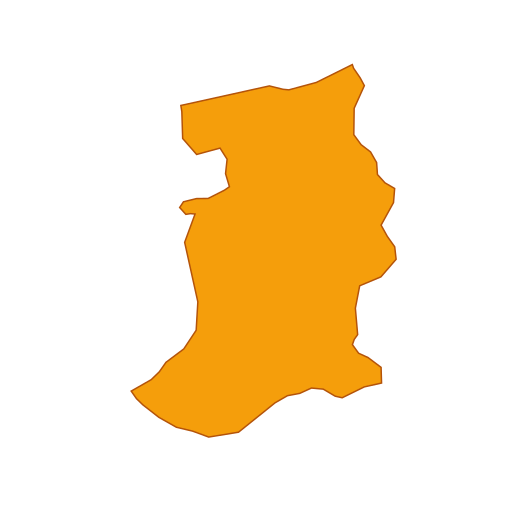 the border of Sakarya, rotated 335°
{"feature_id": "TUR-2267", "entity_name": "Sakarya", "entity_type": "Province", "adm_level": 1, "iso_a3": "TUR", "parent_name": "Turkey", "parent_adm1": "", "projection": "robinson", "projection_center": [30.503, 40.751], "detail": "fine", "context": "isolated", "style": "filled", "palette": "amber", "viewbox_px": 512, "rotation_deg": 335, "n_neighbors": 0, "source": "natural_earth", "source_scale": "10m", "svg_char_len": 1016}
<svg xmlns="http://www.w3.org/2000/svg" viewBox="0 0 512 512"><g transform="rotate(335 256 256)"><path d="M251.5,87.8L340.0,107.5L350.9,116.3L356.0,119.3L384.0,124.2L424.2,123.2L423.8,127.1L425.7,138.6L426.2,147.4L407.4,163.6L395.9,187.4L398.3,199.5L403.8,210.1L404.8,222.3L400.5,233.5L403.8,244.2L410.2,253.4L403.2,265.7L382.4,280.9L383.3,293.7L385.6,306.3L381.6,318.2L360.4,327.7L337.4,326.8L324.0,345.3L314.9,370.2L309.8,373.1L305.9,377.1L307.9,387.5L314.7,395.5L322.3,409.8L316.1,424.2L298.9,420.4L274.2,420.9L268.5,416.5L260.7,405.1L250.4,399.1L237.6,399.0L225.5,395.9L211.3,397.1L165.7,408.3L136.6,400.1L124.5,387.9L111.5,377.6L99.8,361.2L90.6,343.2L87.4,334.8L85.8,325.7L108.7,323.8L119.4,320.1L129.5,314.3L151.3,309.7L170.4,298.0L183.9,273.0L197.1,213.5L218.5,192.2L214.5,189.9L210.0,188.6L207.3,179.8L213.2,176.2L226.3,178.8L236.9,183.6L255.3,183.0L261.2,182.0L263.2,168.5L270.7,156.1L269.0,143.0L245.1,138.9L239.2,118.5L249.8,93.8L251.5,87.8Z" fill="#f59e0b" stroke="#b45309" stroke-width="1.5"/></g></svg>